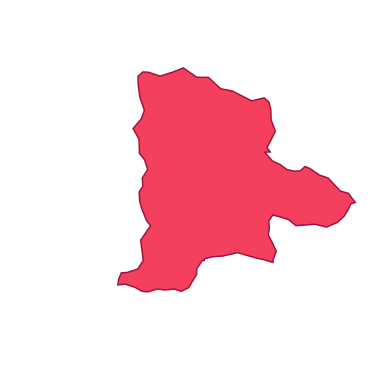 Alassa, Limassol, Cyprus (Robinson projection), rotated 137°
{"feature_id": "46923920B84762043089048", "entity_name": "Alassa", "entity_type": "district", "adm_level": 2, "iso_a3": "CYP", "parent_name": "Cyprus", "parent_adm1": "Limassol", "projection": "robinson", "projection_center": [32.925, 34.757], "detail": "fine", "context": "isolated", "style": "filled", "palette": "rose", "viewbox_px": 384, "rotation_deg": 137, "n_neighbors": 0, "source": "geoboundaries", "source_scale": "gbopen_adm2", "svg_char_len": 1333}
<svg xmlns="http://www.w3.org/2000/svg" viewBox="0 0 384 384"><g transform="rotate(137 192 192)"><path d="M180.9,85.3L179.0,87.1L170.8,91.2L167.8,100.3L165.5,108.6L159.9,113.0L155.7,118.4L148.6,120.1L144.2,113.1L140.2,105.9L138.9,96.5L130.7,89.8L124.3,84.9L117.5,74.6L106.4,70.6L97.0,70.6L89.2,72.8L83.9,75.0L79.7,73.0L79.1,79.8L78.4,84.2L82.9,91.5L82.9,100.0L82.9,109.2L87.3,117.5L89.7,128.5L91.9,133.5L98.6,133.7L103.2,137.7L107.2,143.6L108.7,151.5L112.0,159.8L111.8,171.6L107.5,168.0L106.9,173.3L98.5,176.3L89.7,179.5L84.8,191.0L78.1,198.6L74.4,205.5L75.0,211.6L86.2,217.9L93.7,238.4L100.6,248.0L101.8,264.6L110.2,272.6L113.8,288.7L120.0,291.1L124.3,292.8L136.3,298.5L142.3,309.5L146.2,313.4L152.5,313.4L156.5,309.0L158.2,307.1L165.4,297.0L171.1,284.2L179.2,280.1L191.8,278.6L194.8,266.7L204.1,256.0L204.7,248.0L209.0,238.7L218.9,236.1L224.0,229.8L230.6,228.0L236.6,220.9L240.2,213.8L244.7,202.2L245.3,195.6L262.4,191.8L270.2,180.9L274.4,175.1L284.3,172.7L287.7,174.2L294.2,177.3L298.9,181.1L305.3,178.1L309.6,174.6L303.7,170.2L298.9,161.5L296.3,153.6L292.3,149.0L283.6,144.8L278.7,138.9L271.2,133.1L267.6,126.7L259.8,124.3L252.6,126.4L244.8,128.6L240.9,132.6L231.1,134.9L229.8,133.5L228.6,134.8L220.8,130.4L213.1,124.1L200.0,116.6L190.4,100.4L185.5,93.4L180.9,85.3Z" fill="#f43f5e" stroke="#9f1239" stroke-width="1.5"/></g></svg>